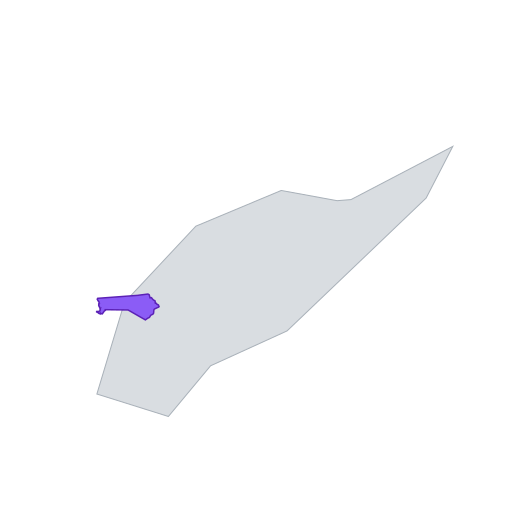 location of Ngerkeai, Aimeliik, Palau, rotated 37°
{"feature_id": "81905179B59799521808446", "entity_name": "Ngerkeai", "entity_type": "district", "adm_level": 2, "iso_a3": "PLW", "parent_name": "Palau", "parent_adm1": "Aimeliik", "projection": "orthographic", "projection_center": [134.503, 7.436], "detail": "fine", "context": "in_parent", "style": "filled", "palette": "violet", "viewbox_px": 512, "rotation_deg": 37, "n_neighbors": 0, "source": "geoboundaries", "source_scale": "gbopen_adm2", "svg_char_len": 2055}
<svg xmlns="http://www.w3.org/2000/svg" viewBox="0 0 512 512"><g transform="rotate(37 256 256)"><path d="M282.6,436.9L212.0,462.0L178.9,372.3L190.0,268.4L236.7,188.5L287.5,163.0L297.9,153.8L347.2,50.0L357.0,107.3L325.9,297.1L285.8,371.0L282.6,436.9Z" fill="#d9dde1" stroke="#a8b0b8" stroke-width="1"/><path d="M185.9,357.9L185.8,358.1L155.0,385.1L155.0,385.4L155.1,385.6L155.3,385.9L155.3,386.1L155.6,386.2L155.8,386.3L156.3,386.6L156.6,386.7L156.9,386.7L157.1,386.7L157.3,386.9L157.5,387.1L157.9,387.1L158.1,387.2L158.3,387.2L158.4,387.4L158.6,387.5L158.9,387.8L159.2,387.9L159.1,388.1L159.1,388.5L159.2,388.9L159.3,389.0L159.6,389.0L159.7,389.5L159.8,389.6L159.9,389.9L160.0,390.0L160.3,390.2L160.4,390.3L160.7,390.4L161.1,390.5L161.2,390.8L161.3,390.8L161.6,391.0L161.8,391.0L162.1,391.0L162.4,391.4L162.7,391.6L162.9,391.7L163.0,391.8L163.1,391.7L163.2,391.8L163.3,391.6L163.4,391.9L163.4,392.0L163.5,392.1L163.5,392.3L163.8,392.5L163.7,392.6L163.8,392.8L164.1,393.0L164.2,393.4L164.2,393.6L164.3,393.8L164.2,394.0L164.1,394.3L164.0,394.5L163.9,394.6L163.9,394.8L163.6,395.0L163.6,395.3L163.2,395.6L162.4,395.8L162.2,396.0L162.3,396.5L162.7,396.5L163.0,396.6L163.3,396.5L163.2,396.1L163.4,396.0L164.8,396.4L165.1,396.4L165.4,396.2L165.8,396.1L166.1,396.1L166.3,396.1L166.1,395.5L166.3,395.6L166.5,395.5L166.5,395.3L166.9,395.3L166.9,395.2L167.1,395.1L167.5,395.0L168.1,394.7L168.0,391.1L168.4,390.1L167.9,389.6L186.3,376.1L206.1,373.6L206.7,371.7L206.9,371.0L207.2,370.4L207.7,369.5L207.8,369.0L207.8,368.4L207.6,367.2L207.7,366.4L207.9,366.0L208.1,365.6L208.5,364.9L208.7,364.3L208.7,363.6L208.5,363.1L207.0,360.7L206.8,360.2L206.8,359.5L207.1,358.9L207.6,358.0L208.4,356.4L208.9,355.7L209.1,354.8L208.1,354.2L207.5,353.8L207.2,353.9L206.0,354.2L205.6,354.0L205.0,353.7L204.8,353.9L204.1,354.3L203.6,354.0L203.3,353.4L202.1,352.5L201.2,352.8L200.0,352.8L198.6,352.5L197.8,352.2L197.5,352.2L197.2,352.4L196.6,353.2L194.9,351.9L194.4,351.5L193.9,351.2L193.5,351.3L192.6,351.4L185.9,357.9Z" fill="#8b5cf6" stroke="#5b21b6" stroke-width="1.5"/></g></svg>